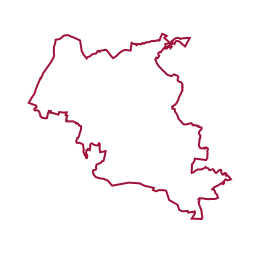 Sieu-Magherus, Bistrita-Nasaud, Romania (Mercator projection), rotated 352°
{"feature_id": "2599482B89364965460563", "entity_name": "Sieu-Magherus", "entity_type": "district", "adm_level": 2, "iso_a3": "ROU", "parent_name": "Romania", "parent_adm1": "Bistrita-Nasaud", "projection": "mercator", "projection_center": [24.401, 47.084], "detail": "fine", "context": "isolated", "style": "outline", "palette": "rose", "viewbox_px": 256, "rotation_deg": 352, "n_neighbors": 0, "source": "geoboundaries", "source_scale": "gbopen_adm2", "svg_char_len": 5811}
<svg xmlns="http://www.w3.org/2000/svg" viewBox="0 0 256 256"><g transform="rotate(352 128 128)"><path d="M175.5,218.4L175.7,220.1L179.2,220.1L180.1,219.9L180.7,220.0L180.9,220.4L181.6,220.4L182.4,219.9L182.5,220.4L182.5,221.7L178.5,226.6L188.4,228.4L188.6,228.3L188.6,227.5L189.2,226.7L189.4,226.1L189.0,223.2L189.3,221.3L188.7,217.2L188.0,214.7L187.8,213.2L187.9,212.0L187.5,211.0L187.5,210.7L188.5,210.1L188.6,209.8L188.6,208.7L188.0,208.3L189.3,207.4L190.4,207.9L192.7,208.2L195.0,209.1L198.3,209.8L198.6,209.6L204.4,210.4L207.4,209.7L207.1,208.1L207.1,206.9L205.3,204.1L205.3,203.0L204.5,200.8L203.0,200.7L202.8,200.5L204.7,198.9L209.6,197.2L212.1,196.0L212.7,196.0L213.5,195.6L213.9,196.1L214.2,196.8L215.2,196.3L214.8,195.2L215.3,195.3L215.6,195.1L215.7,194.0L217.3,192.5L217.7,192.5L219.1,193.6L219.6,193.7L221.3,193.3L222.5,193.3L222.8,193.1L222.3,192.6L222.1,191.8L220.3,189.2L220.0,188.9L218.5,189.0L218.2,188.7L218.1,188.4L218.3,187.7L219.0,187.2L218.9,186.7L217.6,186.0L216.5,186.6L215.7,187.4L215.1,187.2L214.4,185.7L214.5,184.9L214.1,184.1L214.2,183.4L214.5,182.7L214.3,182.5L213.1,182.2L211.1,183.3L209.7,184.6L208.8,184.8L208.5,184.6L208.3,184.0L207.6,183.2L207.0,181.3L206.6,180.7L205.8,180.7L203.4,181.1L202.9,181.0L202.4,180.6L202.0,179.3L200.4,178.3L199.6,178.2L199.3,177.4L198.3,178.2L195.3,179.2L193.1,179.1L191.7,178.7L190.7,178.9L188.4,179.9L186.5,181.1L184.9,181.3L184.9,179.7L185.6,177.3L186.3,172.8L187.2,172.3L189.3,169.7L189.9,167.6L200.9,170.6L202.5,168.6L202.7,166.1L203.1,165.3L203.3,163.8L203.3,161.9L203.7,160.9L204.1,160.5L204.2,160.0L204.0,159.0L202.5,158.1L202.2,158.4L200.9,158.2L200.9,159.0L197.1,158.1L196.5,157.6L195.7,155.3L197.6,148.1L198.1,148.1L198.6,145.8L198.7,145.4L197.8,144.3L197.6,143.8L197.6,142.7L198.1,141.5L198.9,140.6L200.4,139.5L200.9,138.4L200.9,137.7L198.2,136.9L198.4,136.2L196.7,135.6L196.8,135.2L193.3,134.1L193.2,134.5L192.8,134.4L192.3,133.8L191.8,132.5L190.9,131.9L188.3,132.4L185.5,132.5L183.3,131.9L182.4,130.3L181.8,129.8L181.6,129.1L179.3,126.0L179.0,125.1L179.1,123.7L177.6,119.6L177.1,118.9L177.0,118.4L176.8,116.5L176.9,115.7L175.2,114.9L174.7,115.0L174.8,113.8L174.7,113.1L178.1,111.4L179.4,110.3L180.9,108.3L183.8,103.0L185.3,101.5L185.9,100.0L186.7,99.0L187.3,98.1L187.0,97.0L187.8,95.5L187.2,94.5L187.9,93.6L188.0,92.9L187.8,92.0L187.2,90.4L186.6,89.9L185.7,89.7L184.6,88.7L183.9,88.3L183.8,88.0L183.8,87.1L184.8,84.8L184.9,84.3L184.6,83.5L184.3,83.2L182.4,82.3L181.4,81.3L178.1,82.7L176.2,81.7L175.6,81.6L174.1,80.4L173.2,79.4L171.9,77.4L169.7,74.9L169.2,73.8L167.9,72.3L166.1,69.3L166.0,68.5L165.5,67.8L165.0,65.4L164.5,64.4L165.1,63.0L165.8,62.3L166.6,63.0L167.4,62.7L168.6,61.5L168.9,60.7L168.4,59.9L168.2,59.0L168.2,58.6L168.8,57.9L169.8,57.2L170.4,57.2L170.8,57.6L171.1,57.5L172.0,56.4L172.8,55.9L173.5,54.9L175.4,53.4L175.7,53.4L175.9,54.6L177.8,54.5L178.1,53.8L179.6,53.4L181.0,54.0L181.3,54.3L181.3,54.7L182.6,53.6L182.1,53.3L182.0,51.8L182.3,51.2L183.0,50.4L183.5,50.8L184.3,50.4L185.7,51.3L187.1,49.1L187.7,48.7L188.4,48.7L189.1,48.7L190.7,49.4L191.7,50.3L193.3,52.6L193.8,52.9L195.9,55.2L201.6,47.5L199.6,47.1L194.0,46.8L192.2,47.1L191.2,46.1L189.9,45.7L189.0,45.6L187.7,45.8L185.2,47.0L184.0,48.4L183.5,48.0L181.7,50.2L181.2,51.9L176.7,53.5L176.0,53.0L176.4,52.5L176.6,50.0L179.4,50.0L181.2,49.4L176.5,43.8L177.5,42.9L179.1,42.2L177.6,41.0L175.0,39.5L173.0,42.6L171.3,45.8L170.9,45.7L170.2,45.1L169.7,45.4L168.1,45.4L167.5,45.6L166.7,45.3L166.1,45.6L163.4,45.2L160.6,45.9L159.1,45.8L158.1,45.4L157.5,46.1L156.3,46.3L155.4,46.7L154.5,45.9L153.4,46.2L153.2,46.6L152.6,47.0L151.9,46.8L151.7,46.5L149.8,46.2L148.0,47.3L147.8,47.2L147.9,46.6L147.7,45.8L146.6,45.8L144.9,45.3L143.4,44.2L141.4,51.7L135.8,50.2L134.2,50.6L132.6,51.1L131.3,51.9L129.9,52.4L128.3,53.9L125.7,55.6L123.0,56.8L120.8,53.6L118.8,49.8L117.5,47.7L116.5,47.4L115.5,47.4L115.1,47.7L112.4,47.6L111.2,47.8L110.8,48.3L110.6,47.9L109.9,48.1L109.7,48.0L109.4,47.5L108.6,47.6L108.6,48.2L108.2,48.5L107.4,48.9L106.8,49.8L104.8,49.8L102.3,50.2L101.1,51.3L100.2,51.8L98.4,52.0L97.6,52.4L96.7,53.4L94.2,49.1L93.4,46.6L92.9,45.7L92.7,34.6L85.8,30.2L84.5,29.7L82.4,28.1L80.9,27.6L77.1,27.6L76.4,28.3L72.6,30.4L68.6,30.6L67.7,34.0L65.9,37.4L65.0,43.5L65.0,45.8L63.7,48.4L60.4,52.6L51.9,61.6L48.7,66.7L48.3,66.4L42.3,76.3L40.2,80.9L36.8,84.7L33.2,89.3L40.1,93.0L40.1,93.8L40.3,94.0L40.2,94.8L38.5,95.5L37.7,96.4L37.8,97.1L38.7,97.8L40.1,97.6L41.6,98.4L42.2,99.3L42.5,100.1L42.5,101.0L43.0,102.9L42.8,103.6L43.2,104.6L44.0,105.2L44.4,105.9L45.1,106.3L46.1,106.4L47.7,107.0L49.1,106.9L51.1,101.6L51.4,101.6L52.2,100.0L54.0,100.5L53.3,102.0L56.6,103.1L60.9,105.1L62.1,102.6L67.2,104.0L67.8,103.8L69.5,104.0L68.0,106.4L69.3,107.1L68.7,107.4L69.1,107.9L69.2,108.3L68.6,109.0L68.0,111.5L68.3,111.5L67.9,112.7L68.2,112.7L68.4,112.4L69.1,112.6L69.5,113.2L73.8,113.6L74.8,113.9L76.6,115.1L77.1,116.2L77.5,116.5L78.3,116.7L78.3,116.1L78.6,116.2L79.4,117.5L79.8,117.9L79.9,118.9L80.9,119.1L81.8,119.7L81.2,123.1L79.9,125.5L78.4,129.1L77.2,130.8L76.5,130.8L74.8,134.0L75.2,135.6L78.1,136.0L80.5,137.5L81.2,138.3L81.1,143.8L80.7,144.3L80.5,145.4L81.4,148.8L82.3,150.2L82.2,150.9L82.5,151.9L83.0,152.1L83.6,151.0L83.8,150.1L83.8,149.2L82.9,147.5L82.9,146.8L83.7,144.5L84.0,144.7L85.5,143.1L86.7,144.6L87.0,144.7L87.9,142.1L88.1,141.3L88.0,140.4L88.3,139.5L89.0,138.4L90.2,138.2L91.9,139.8L94.3,140.9L95.8,141.0L97.1,139.1L97.8,139.7L97.0,144.4L97.0,148.1L102.6,147.8L101.4,151.6L99.2,157.1L97.7,157.3L96.3,158.6L91.8,159.9L90.8,162.1L91.0,163.3L90.2,164.9L87.7,164.9L87.1,166.6L87.4,169.1L89.2,172.1L92.5,173.7L96.7,174.9L100.7,177.3L104.3,182.9L121.1,182.2L131.7,184.4L136.5,187.6L145.2,190.9L144.0,192.9L147.1,194.6L150.0,193.8L156.3,194.9L157.2,196.1L158.7,205.0L166.5,211.1L167.3,216.1L168.3,216.9L170.7,218.2L175.5,218.4Z" fill="none" stroke="#9f1239" stroke-width="2"/></g></svg>